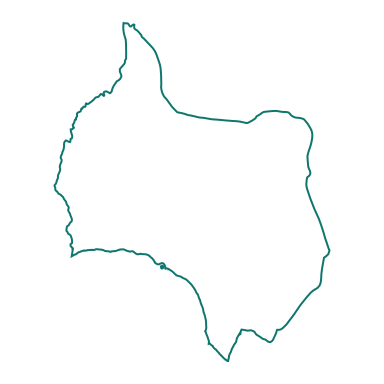 the district of Aceh Barat Daya, Aceh, Indonesia
{"feature_id": "22746128B227561513795", "entity_name": "Aceh Barat Daya", "entity_type": "district", "adm_level": 2, "iso_a3": "IDN", "parent_name": "Indonesia", "parent_adm1": "Aceh", "projection": "equal_earth", "projection_center": [96.802, 3.836], "detail": "fine", "context": "isolated", "style": "outline", "palette": "teal", "viewbox_px": 384, "rotation_deg": 0, "n_neighbors": 0, "source": "geoboundaries", "source_scale": "gbopen_adm2", "svg_char_len": 5886}
<svg xmlns="http://www.w3.org/2000/svg" viewBox="0 0 384 384"><path d="M329.5,250.3L328.7,248.7L326.3,241.5L325.4,239.0L322.8,230.1L321.0,224.7L318.8,218.7L314.4,209.0L310.5,199.0L308.1,192.0L307.0,188.5L306.5,186.1L306.3,184.6L306.6,180.7L307.0,178.1L307.5,177.1L309.1,175.9L309.8,174.9L310.3,173.6L310.3,172.4L309.9,170.8L308.9,168.6L308.2,166.5L307.5,158.1L307.5,155.5L308.5,151.8L310.6,145.5L311.3,142.9L312.2,138.1L312.3,136.2L312.3,134.1L311.9,131.9L311.4,130.3L310.5,128.4L307.7,123.8L304.9,120.3L303.9,119.3L303.0,118.8L299.5,117.9L295.7,117.6L294.3,117.1L292.7,116.4L291.6,115.7L289.6,113.5L288.7,112.6L287.8,112.3L286.2,112.0L282.2,111.9L276.3,110.9L273.2,111.0L266.4,111.6L264.1,111.9L262.6,112.5L258.9,115.1L256.6,116.3L255.7,118.0L254.8,118.8L252.8,120.2L248.6,122.5L247.5,122.9L246.3,123.0L240.5,121.7L237.7,121.3L226.2,120.5L218.1,119.7L212.0,119.3L203.2,117.8L199.3,117.5L191.0,115.5L188.2,115.1L184.1,113.7L180.3,112.8L178.1,112.5L177.0,112.0L172.1,106.9L167.1,100.0L165.4,97.9L164.1,96.6L163.0,94.5L162.0,92.1L161.4,89.5L161.1,87.3L161.3,84.0L161.1,75.1L160.6,68.4L160.0,65.0L159.1,62.1L156.7,55.2L155.7,52.7L154.2,50.1L152.8,48.1L143.7,38.4L141.8,36.9L141.2,34.9L140.1,33.8L138.5,31.8L136.9,30.3L135.2,29.3L134.7,28.8L134.4,28.4L134.2,27.5L134.3,24.7L133.8,24.5L132.9,24.8L131.0,26.4L130.5,26.5L129.9,26.3L129.6,26.0L128.7,24.4L128.0,23.6L127.0,23.3L124.5,23.3L123.6,23.0L123.3,25.5L123.3,29.0L123.8,32.9L124.5,35.7L125.7,39.5L126.0,43.6L126.2,53.0L126.1,58.9L125.5,59.5L125.1,60.5L124.8,62.8L124.1,64.1L120.5,68.2L119.9,69.1L119.8,70.1L119.9,71.7L121.0,74.5L121.4,75.8L121.3,76.6L120.9,77.6L120.3,78.6L119.4,79.7L118.2,80.6L117.3,80.9L116.5,81.7L113.8,85.7L112.7,87.8L111.5,91.7L110.2,93.2L109.9,93.2L108.5,92.4L106.7,91.5L105.7,91.4L104.9,91.6L104.1,92.0L103.8,92.5L103.7,93.1L104.3,95.2L104.2,95.6L104.0,95.8L103.6,95.8L101.6,94.1L101.0,94.0L100.5,94.4L98.7,96.5L98.1,96.9L96.2,97.3L95.3,97.8L93.5,99.9L90.7,102.2L88.2,103.9L87.4,104.1L86.2,103.4L85.8,104.0L85.5,106.3L85.1,106.8L83.4,106.8L82.8,107.8L81.9,108.2L81.8,109.0L81.2,109.1L80.8,110.5L80.8,110.9L80.5,111.4L78.9,112.2L77.7,112.6L77.0,113.7L77.0,114.5L77.1,116.2L77.0,116.6L76.2,117.5L76.0,118.1L76.0,119.5L75.9,119.6L75.0,119.8L74.8,120.2L74.3,122.2L74.0,122.7L73.7,123.5L72.7,124.9L73.0,125.5L73.0,126.3L73.9,127.6L73.5,128.3L72.9,128.3L72.1,129.3L70.7,129.4L70.9,131.5L72.2,135.7L72.2,136.8L71.9,138.2L71.4,138.6L70.6,139.0L70.5,139.3L70.4,141.3L69.9,142.1L68.3,141.6L66.8,140.7L65.8,140.5L64.7,141.7L64.2,142.8L64.0,144.7L64.1,146.2L63.7,148.7L63.4,150.0L62.5,151.9L62.0,154.0L61.0,155.9L60.7,157.0L60.8,158.2L61.6,159.8L61.7,160.6L61.5,161.5L60.1,165.0L59.8,166.0L59.8,167.1L60.2,169.3L60.1,170.2L60.0,170.8L58.1,175.1L57.8,178.5L56.9,180.3L56.2,183.0L55.9,183.6L54.7,185.1L54.5,185.7L54.7,186.5L55.3,187.9L55.3,189.4L55.5,190.2L57.3,191.8L58.6,193.7L60.4,194.6L63.1,197.1L64.2,199.4L65.9,201.5L66.1,202.0L66.4,203.3L66.8,204.4L68.6,207.0L68.7,208.0L68.2,209.7L68.3,210.6L68.8,211.8L70.0,213.7L70.4,215.4L71.7,218.4L71.9,219.7L71.8,220.8L71.4,221.6L70.2,222.6L68.6,225.4L67.4,226.1L66.9,226.7L66.8,227.0L66.6,229.0L66.3,230.0L66.5,230.9L67.4,231.9L68.1,233.6L70.1,234.9L70.4,235.2L71.1,236.7L71.7,238.5L72.1,240.8L72.1,242.9L71.7,243.4L70.8,243.9L70.6,244.1L70.5,245.2L70.7,246.1L72.1,247.6L72.4,248.4L72.5,249.6L72.8,249.4L71.7,256.3L74.6,254.6L75.2,254.6L76.2,254.1L78.2,252.4L79.8,252.0L81.0,251.3L81.7,251.3L83.3,250.6L84.1,250.8L84.8,250.4L85.5,250.6L87.1,250.4L87.6,250.1L88.1,250.2L89.5,249.9L90.6,250.0L91.1,249.9L91.7,250.0L92.2,249.8L92.7,250.0L93.9,249.9L94.7,249.8L95.4,249.4L96.7,249.2L101.8,249.7L103.5,250.2L105.3,251.1L108.7,251.3L110.6,251.9L111.4,251.4L115.7,251.0L120.3,249.4L121.7,249.5L123.4,249.3L127.4,251.0L128.2,251.1L129.7,251.6L132.4,251.2L132.8,251.3L136.5,254.0L137.1,254.2L137.7,254.3L140.7,253.8L142.2,254.1L145.7,254.3L147.6,254.8L149.1,255.6L149.4,256.0L149.6,256.0L149.9,256.3L150.4,257.0L151.8,258.0L153.9,260.4L154.4,261.7L154.8,262.1L154.9,262.6L156.6,263.9L156.9,263.9L157.3,264.2L158.7,264.3L159.6,264.2L160.1,263.6L160.8,263.5L161.4,263.2L162.1,263.1L163.5,263.5L164.9,265.6L165.0,266.0L165.0,266.4L165.2,266.7L165.3,267.1L165.4,267.8L165.2,268.3L165.4,268.7L166.5,268.3L167.9,268.7L168.2,268.8L168.4,269.3L168.9,269.2L172.4,271.5L175.0,274.0L175.7,274.5L176.3,275.3L178.8,276.1L180.8,276.6L183.0,278.0L185.5,279.1L186.9,280.1L191.2,284.3L194.4,288.7L194.7,289.4L195.1,289.8L196.2,292.3L196.9,293.4L197.8,294.4L199.5,299.4L199.9,299.7L200.8,303.2L201.6,305.2L202.0,306.0L203.1,309.0L203.5,312.0L204.2,313.6L204.9,316.1L205.8,319.8L206.2,323.9L206.1,324.4L206.3,327.7L206.1,329.1L205.2,331.3L205.4,331.4L205.8,332.2L206.5,334.6L207.1,335.7L208.8,340.7L208.8,341.3L209.1,342.4L208.7,343.2L208.7,343.8L209.3,343.5L210.1,343.9L211.3,345.1L212.8,346.0L213.0,346.9L214.6,348.7L215.8,349.4L216.3,349.9L216.3,350.1L217.4,351.4L219.3,353.4L219.5,353.9L220.0,354.3L224.2,358.6L224.7,358.9L225.2,359.5L225.5,359.4L226.5,360.2L227.2,360.9L228.1,361.0L228.9,357.5L229.1,355.5L229.5,354.9L229.7,353.9L230.7,352.4L231.8,349.1L232.6,347.7L234.1,344.7L236.1,342.0L236.8,338.5L238.0,336.2L239.4,333.9L239.4,334.7L240.4,334.0L240.7,331.5L241.5,329.6L243.8,329.9L247.7,330.7L250.3,330.3L251.2,330.3L253.0,331.0L254.3,331.7L256.1,334.3L257.0,335.0L259.7,336.6L262.3,338.5L263.2,339.0L265.5,339.6L268.2,341.7L269.6,342.1L270.4,342.1L271.4,341.5L272.4,340.7L273.0,339.8L275.7,334.1L276.3,332.4L276.9,330.1L277.3,329.8L279.6,329.8L281.2,329.2L283.1,327.8L285.5,325.4L286.5,324.4L294.4,313.9L300.3,305.2L307.3,296.5L310.8,292.6L313.4,290.4L317.4,288.0L319.2,286.0L319.9,284.9L320.7,282.4L321.1,279.4L321.4,273.9L322.1,268.3L324.0,257.7L325.7,256.6L328.3,254.2L329.5,250.3ZM162.4,268.4L162.9,268.1L163.1,267.5L163.1,266.9L162.9,266.3L162.2,265.8L161.4,266.0L161.3,266.4L161.0,266.7L161.1,267.5L161.3,268.2L161.8,268.5L162.4,268.4Z" fill="none" stroke="#0f766e" stroke-width="2"/></svg>